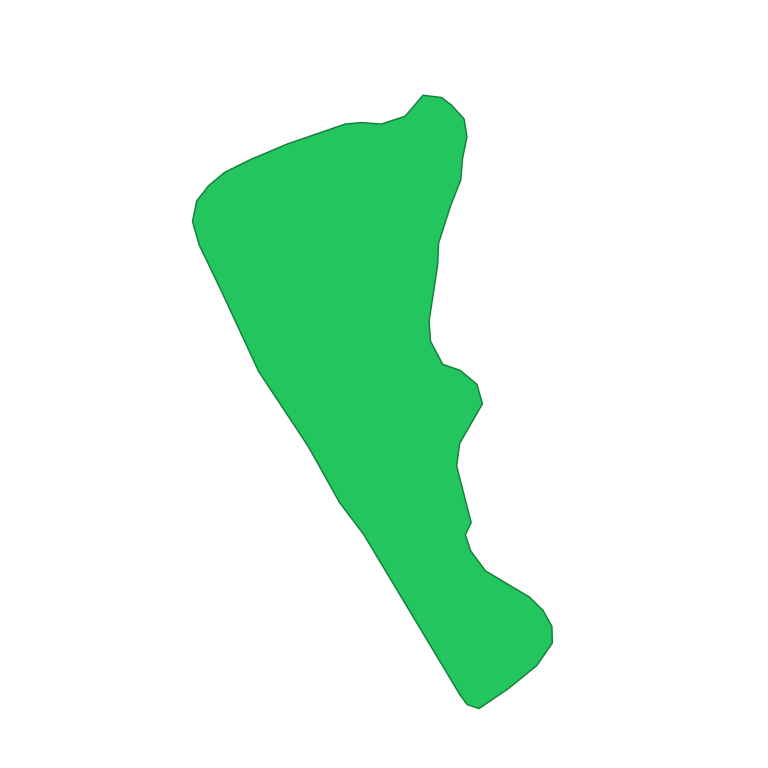 the district of Elobey Chico, Equatorial Guinea, rotated 194°
{"feature_id": "11065452B42024070816207", "entity_name": "Elobey Chico", "entity_type": "district", "adm_level": 2, "iso_a3": "GNQ", "parent_name": "Equatorial Guinea", "parent_adm1": "", "projection": "albers", "projection_center": [9.518, 1.0], "detail": "fine", "context": "isolated", "style": "filled", "palette": "green", "viewbox_px": 768, "rotation_deg": 194, "n_neighbors": 0, "source": "geoboundaries", "source_scale": "gbopen_adm2", "svg_char_len": 756}
<svg xmlns="http://www.w3.org/2000/svg" viewBox="0 0 768 768"><g transform="rotate(194 384 384)"><path d="M225.6,93.0L213.3,92.1L189.6,118.6L167.6,147.8L158.0,173.4L162.4,189.3L174.7,202.6L191.5,212.5L212.3,218.7L240.5,227.3L259.7,243.2L268.6,257.4L265.9,270.6L293.7,322.0L296.2,344.6L283.7,388.6L293.7,406.1L313.3,415.6L331.8,417.3L349.3,436.8L355.5,456.2L360.7,511.9L365.1,534.0L362.5,572.9L358.9,600.3L362.4,622.4L363.3,643.6L370.3,660.4L386.1,671.0L397.5,675.9L416.0,673.6L428.3,648.9L449.4,635.6L469.5,632.1L484.6,626.8L536.3,593.2L567.9,569.4L589.8,550.8L602.1,534.0L610.0,516.4L609.1,495.2L596.8,474.0L564.4,435.0L508.6,365.8L442.4,305.1L398.5,258.3L367.1,232.9L234.6,100.3L225.6,93.0Z" fill="#22c55e" stroke="#15803d" stroke-width="1.5"/></g></svg>